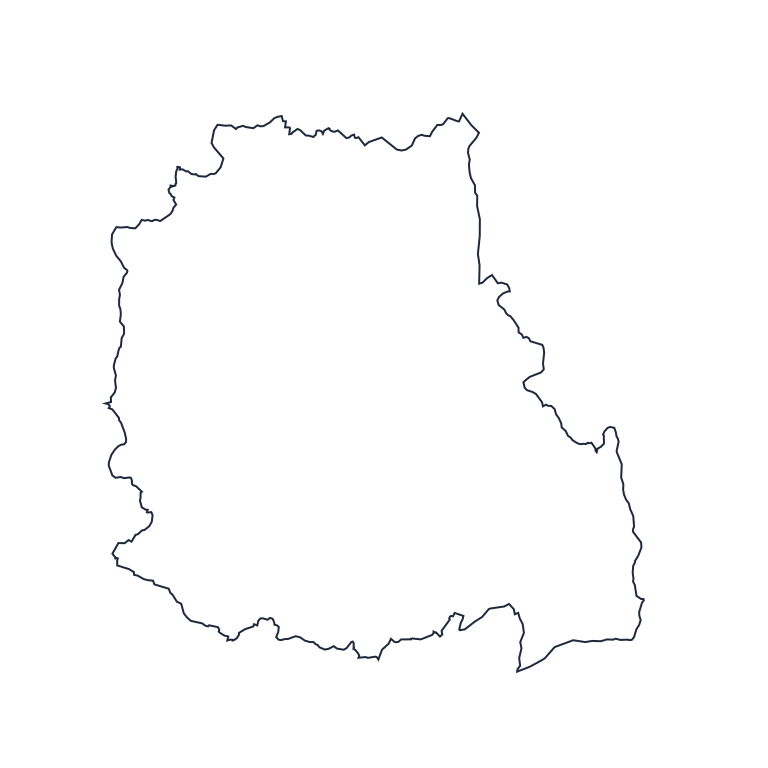 Baita, Hunedoara, Romania (Natural Earth projection), rotated 280°
{"feature_id": "2599482B49651116584259", "entity_name": "Baita", "entity_type": "district", "adm_level": 2, "iso_a3": "ROU", "parent_name": "Romania", "parent_adm1": "Hunedoara", "projection": "natural_earth1", "projection_center": [22.903, 46.027], "detail": "fine", "context": "isolated", "style": "outline", "palette": "slate", "viewbox_px": 768, "rotation_deg": 280, "n_neighbors": 0, "source": "geoboundaries", "source_scale": "gbopen_adm2", "svg_char_len": 6148}
<svg xmlns="http://www.w3.org/2000/svg" viewBox="0 0 768 768"><g transform="rotate(280 384 384)"><path d="M663.8,414.4L655.7,412.3L655.5,410.9L657.2,401.9L656.8,400.6L650.1,397.1L649.0,395.2L648.3,391.5L640.7,387.6L636.0,386.2L635.5,381.0L635.9,377.7L634.1,374.4L631.2,371.9L623.7,370.0L618.7,365.0L617.0,360.8L617.1,355.9L626.4,339.0L619.6,327.0L615.7,323.7L622.6,316.0L621.3,313.8L621.5,312.6L624.4,311.2L623.1,308.8L620.8,307.0L619.6,304.3L625.7,294.6L623.8,291.5L623.8,290.0L624.1,287.8L625.3,285.9L626.0,286.0L626.3,284.9L623.1,281.1L619.7,280.4L622.0,278.6L622.5,275.8L621.6,273.7L617.1,273.4L616.5,272.4L615.0,271.7L615.5,266.6L615.2,263.8L619.4,257.4L620.2,254.6L615.6,250.0L614.3,249.6L613.5,247.3L619.8,247.0L620.2,245.8L619.5,242.0L625.6,241.8L625.3,238.9L630.1,236.7L628.5,232.5L626.5,229.6L621.9,226.3L617.1,220.6L616.3,217.4L616.8,214.5L613.2,210.9L613.1,203.1L613.8,200.4L611.2,195.1L609.4,194.0L612.1,188.6L610.8,182.7L610.4,175.1L604.5,172.6L591.5,172.3L587.6,175.3L578.2,186.7L569.1,185.5L562.3,181.7L561.4,180.3L560.7,176.6L557.3,172.6L556.5,165.4L558.1,162.1L557.6,161.7L557.3,158.0L559.5,153.9L559.0,152.5L560.4,148.3L559.7,145.6L561.9,145.5L562.1,144.2L561.5,143.2L562.8,142.6L560.0,143.2L557.2,142.4L551.9,142.8L545.9,144.5L544.5,143.8L543.8,144.2L543.1,143.9L541.7,141.1L542.4,141.1L542.4,139.3L540.7,139.5L538.1,138.0L534.6,139.6L534.1,140.9L532.2,142.2L531.2,145.2L528.7,144.7L524.6,148.2L521.2,146.1L517.2,145.5L514.1,144.0L505.6,135.3L506.2,131.6L505.5,129.0L504.0,127.3L504.5,122.9L503.4,120.5L503.5,116.8L498.9,115.2L494.1,112.0L493.6,107.3L494.0,103.9L492.4,97.7L492.0,93.2L484.1,90.2L476.2,91.1L470.5,93.3L463.9,97.9L459.1,103.5L453.2,108.0L451.8,110.8L450.8,111.7L448.9,111.5L444.4,109.0L437.8,108.8L430.8,106.7L425.8,108.5L421.8,108.4L415.3,109.5L411.7,111.5L407.1,112.7L399.5,113.1L395.6,117.8L389.5,119.1L388.0,119.2L383.7,117.7L374.9,118.4L374.0,117.3L371.7,116.8L364.7,116.5L362.6,115.3L355.6,114.7L353.0,115.1L345.9,118.5L340.9,118.5L333.7,120.7L328.9,120.3L323.4,117.3L318.9,118.3L316.5,113.2L316.3,115.4L315.3,117.3L314.5,117.9L312.5,117.1L311.8,120.9L304.5,128.9L302.5,129.3L300.0,131.9L291.1,137.1L285.1,139.6L282.1,140.0L279.5,138.6L278.6,135.7L276.4,133.0L272.9,130.5L266.9,127.8L259.0,126.7L255.8,127.1L246.9,132.3L245.0,135.8L246.7,140.9L246.1,144.2L247.8,149.8L247.6,151.1L245.0,152.6L242.0,153.1L240.8,154.3L240.3,157.6L235.8,164.3L234.5,163.2L229.2,164.1L227.0,163.8L220.5,166.9L218.9,170.9L219.0,173.1L216.5,172.7L216.3,173.2L217.4,177.1L214.5,178.9L208.0,179.2L203.1,177.5L198.5,173.3L197.9,171.2L193.3,167.7L192.3,165.5L184.9,162.7L185.9,159.5L182.2,156.2L181.2,150.0L169.7,146.0L167.1,149.0L165.5,149.8L166.3,150.8L166.0,152.2L163.5,151.9L159.0,152.8L157.4,165.1L155.3,170.4L152.7,171.0L152.5,174.8L150.2,181.1L149.8,185.4L150.2,190.7L146.9,192.6L146.7,193.5L145.0,207.6L141.2,209.8L139.8,212.3L133.7,217.8L132.3,222.5L123.5,226.6L120.3,230.0L117.2,234.8L116.7,246.5L115.0,249.9L114.8,251.7L114.8,253.0L115.9,253.5L116.0,254.4L115.7,262.7L113.4,264.5L111.5,264.2L110.7,265.3L108.6,270.2L108.3,274.5L104.2,274.2L105.6,277.1L105.8,279.4L105.1,279.5L105.7,280.7L108.2,283.3L112.0,284.7L113.7,284.4L115.6,286.5L118.4,289.7L122.5,297.4L124.9,297.7L124.2,301.1L129.1,301.4L131.7,303.0L132.2,305.6L131.6,310.2L133.9,312.4L133.4,315.1L130.4,317.2L128.0,317.9L127.6,320.9L126.4,322.6L121.4,322.9L116.0,321.8L113.9,324.6L114.0,327.5L115.4,330.1L116.3,333.9L120.2,340.6L120.2,342.9L119.9,345.5L117.5,350.7L117.0,355.8L117.6,359.4L115.8,362.0L115.4,364.1L113.5,366.1L112.2,371.9L113.6,375.4L117.1,380.1L115.3,383.5L115.3,390.4L117.4,393.0L124.3,396.7L124.9,397.9L123.5,399.2L119.7,399.7L119.5,400.2L117.8,399.9L117.2,401.8L114.3,405.2L112.1,406.8L110.0,406.4L111.9,413.4L111.5,415.7L114.0,422.9L113.6,424.6L111.7,426.3L122.0,428.2L129.1,433.7L134.3,435.1L132.0,438.8L131.7,440.5L132.6,443.0L135.5,445.3L137.2,454.9L137.8,454.8L138.3,456.2L138.9,464.6L145.2,474.9L147.0,476.0L148.8,475.8L148.0,478.2L148.3,478.5L145.0,483.0L147.4,484.9L151.0,483.6L163.4,489.7L164.4,488.9L166.4,489.4L167.2,490.3L167.2,492.3L170.8,493.3L169.4,502.5L165.5,502.2L162.3,501.1L155.4,500.7L154.7,501.4L156.4,506.2L165.6,514.5L171.6,521.1L180.4,526.2L181.3,527.5L185.8,541.1L189.1,545.3L184.7,551.0L180.0,552.8L181.9,555.9L176.7,558.4L171.8,562.2L163.3,565.0L153.5,563.0L147.5,565.3L137.6,564.7L130.1,567.0L126.2,565.0L123.9,565.1L130.9,576.7L139.6,587.6L141.9,590.1L154.6,597.8L164.5,614.8L164.8,627.0L167.2,633.9L168.3,642.1L171.2,648.0L172.0,654.0L173.4,656.4L173.0,661.3L174.6,668.5L174.3,669.6L175.0,672.4L178.1,674.2L186.0,675.1L191.1,677.1L195.9,677.8L200.7,675.5L203.9,674.9L213.5,676.1L216.0,677.4L217.3,676.9L216.9,674.6L219.2,669.4L229.4,666.0L232.7,663.6L235.7,663.5L241.1,661.7L248.2,661.0L251.2,662.0L253.5,662.0L259.0,664.2L267.8,665.9L272.6,664.7L281.5,655.1L283.5,654.4L287.1,655.0L297.3,652.4L303.5,648.2L309.0,645.8L312.1,642.5L316.9,639.5L321.6,637.8L326.7,637.2L333.1,633.8L346.2,632.1L357.1,625.2L358.6,624.7L367.8,625.1L370.8,623.8L372.6,622.2L376.9,620.6L380.8,618.4L381.0,614.1L379.4,611.7L375.7,609.4L372.2,608.5L371.4,609.4L363.5,611.0L359.7,608.4L357.4,605.5L353.8,605.3L355.0,603.9L357.1,603.5L362.2,598.5L361.2,596.1L361.5,594.9L359.9,593.3L359.8,591.0L358.8,587.7L359.3,584.5L361.4,579.4L363.7,577.0L364.8,574.3L369.4,571.0L372.0,566.6L376.1,565.3L381.0,561.9L383.9,558.8L388.9,556.4L391.4,552.6L391.0,549.2L391.8,547.1L389.6,544.4L393.5,542.8L400.5,535.5L401.8,532.1L402.8,525.8L404.7,523.2L409.9,521.0L412.6,523.0L416.4,526.4L422.7,536.7L426.1,538.8L432.0,537.0L442.6,536.3L447.4,534.8L450.0,533.1L451.5,520.7L454.2,518.8L455.1,516.1L453.7,513.2L456.7,511.2L458.2,507.6L462.8,506.7L469.3,500.7L472.6,496.8L473.3,494.3L474.9,492.0L478.2,489.6L481.7,483.2L485.9,481.1L489.6,482.1L493.7,485.3L496.4,489.4L497.1,491.8L500.2,490.6L503.4,488.1L504.2,482.1L503.0,478.6L510.1,471.4L505.9,466.9L500.9,463.4L499.3,460.3L517.5,457.5L528.3,453.9L546.3,452.6L562.9,449.8L575.4,444.8L585.7,443.1L588.2,440.5L595.6,439.0L601.8,433.9L607.8,431.4L614.6,429.6L620.1,429.4L626.1,426.6L630.0,426.2L633.1,426.8L642.5,432.2L647.9,433.9L654.1,425.0L663.8,414.4Z" fill="none" stroke="#1e293b" stroke-width="2"/></g></svg>